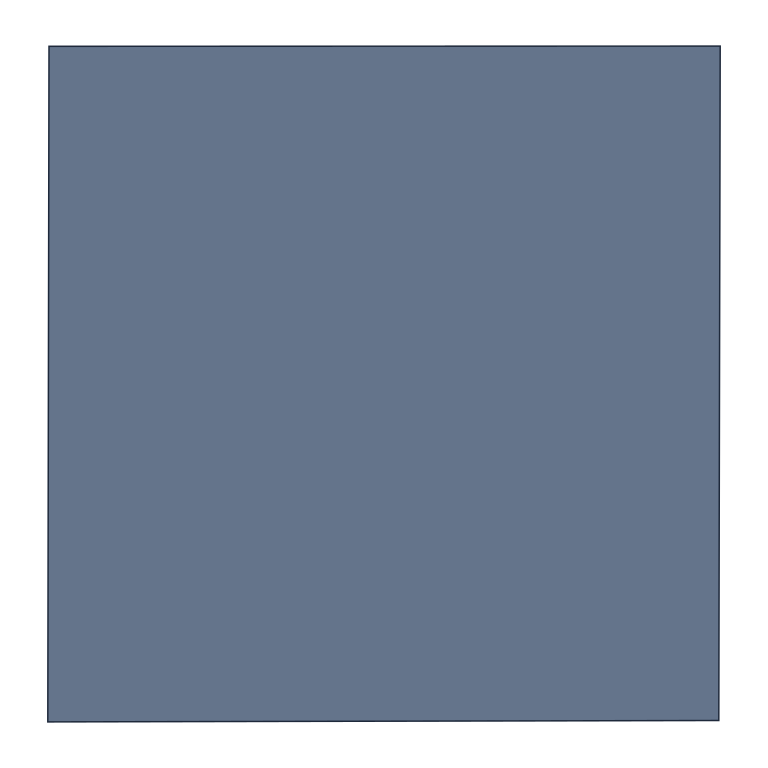 Hancock, Iowa, United States of America
{"feature_id": "52423323B74830272216287", "entity_name": "Hancock", "entity_type": "district", "adm_level": 2, "iso_a3": "USA", "parent_name": "United States of America", "parent_adm1": "Iowa", "projection": "mercator", "projection_center": [-93.782, 43.082], "detail": "fine", "context": "isolated", "style": "filled", "palette": "slate", "viewbox_px": 768, "rotation_deg": 0, "n_neighbors": 0, "source": "geoboundaries", "source_scale": "gbopen_adm2", "svg_char_len": 186}
<svg xmlns="http://www.w3.org/2000/svg" viewBox="0 0 768 768"><path d="M49.0,46.3L47.8,721.9L718.8,720.5L720.2,46.1L49.0,46.3Z" fill="#64748b" stroke="#1e293b" stroke-width="1.5"/></svg>